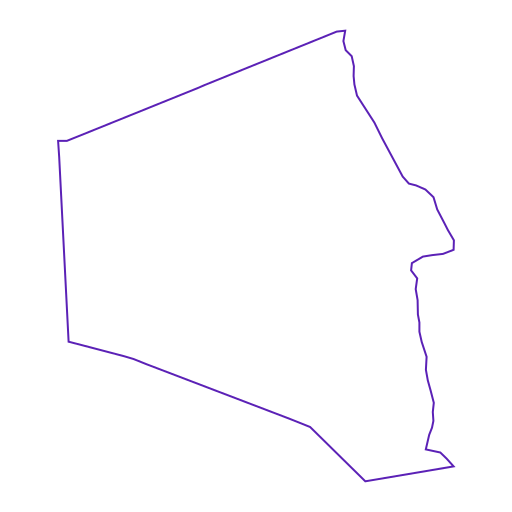 Várzea Grande, Piauí, Brazil
{"feature_id": "56859067B71883429484775", "entity_name": "Várzea Grande", "entity_type": "district", "adm_level": 2, "iso_a3": "BRA", "parent_name": "Brazil", "parent_adm1": "Piauí", "projection": "albers", "projection_center": [-42.19, -6.555], "detail": "fine", "context": "isolated", "style": "outline", "palette": "violet", "viewbox_px": 512, "rotation_deg": 0, "n_neighbors": 0, "source": "geoboundaries", "source_scale": "gbopen_adm2", "svg_char_len": 854}
<svg xmlns="http://www.w3.org/2000/svg" viewBox="0 0 512 512"><path d="M59.2,157.3L68.6,341.7L99.3,349.7L109.2,352.3L124.4,356.3L133.5,359.0L146.2,364.1L290.1,419.0L310.1,427.0L365.3,481.3L453.6,466.4L446.6,458.6L440.3,452.5L425.8,449.4L429.2,434.8L432.0,427.7L433.4,420.9L432.8,412.0L433.8,402.8L430.7,390.8L427.8,380.4L425.9,369.8L426.6,356.8L421.7,341.9L419.4,331.7L419.4,322.5L417.9,314.5L417.6,300.1L415.7,289.1L417.2,278.4L411.1,270.4L411.9,263.1L422.9,256.6L432.3,255.1L443.0,253.9L453.6,249.8L453.9,240.3L447.8,229.9L444.4,223.2L437.2,209.4L433.5,197.2L425.4,189.5L416.0,185.4L408.9,183.6L402.7,176.6L382.1,138.2L374.4,122.6L362.6,104.3L357.0,95.6L354.4,84.4L353.6,76.0L353.9,66.2L351.7,56.2L345.7,50.2L343.4,41.1L345.2,30.7L336.7,31.6L205.0,84.9L198.1,87.9L66.8,140.9L58.1,140.9L59.2,157.3Z" fill="none" stroke="#5b21b6" stroke-width="2"/></svg>